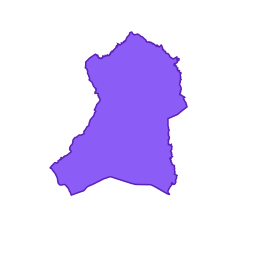 outline of Duc Co, Gia Lai, Vietnam, rotated 304°
{"feature_id": "81297802B6947069841891", "entity_name": "Duc Co", "entity_type": "district", "adm_level": 2, "iso_a3": "VNM", "parent_name": "Vietnam", "parent_adm1": "Gia Lai", "projection": "orthographic", "projection_center": [107.696, 13.77], "detail": "fine", "context": "isolated", "style": "filled", "palette": "violet", "viewbox_px": 256, "rotation_deg": 304, "n_neighbors": 0, "source": "geoboundaries", "source_scale": "gbopen_adm2", "svg_char_len": 5763}
<svg xmlns="http://www.w3.org/2000/svg" viewBox="0 0 256 256"><g transform="rotate(304 128 128)"><path d="M211.6,89.1L211.5,88.6L211.2,87.9L211.4,84.5L211.3,83.5L209.4,81.8L208.7,80.5L208.7,79.7L209.6,77.4L208.2,76.3L207.7,76.3L206.1,76.9L204.6,76.8L203.6,76.5L202.8,76.4L200.4,76.8L199.2,77.2L198.7,77.1L198.3,76.6L198.0,77.0L197.6,76.6L197.1,76.7L196.9,76.1L196.7,76.1L196.4,76.4L195.5,76.1L195.1,75.4L195.0,75.8L194.8,75.8L194.2,75.4L193.2,75.4L192.7,74.9L192.3,74.9L192.4,74.2L192.2,72.9L191.9,72.9L191.9,72.6L191.5,73.1L190.8,72.9L190.9,73.3L190.3,73.1L190.0,72.7L189.7,73.0L189.1,72.6L188.8,72.7L188.5,72.9L188.6,73.3L187.8,73.0L186.9,73.0L184.9,72.5L184.0,72.4L183.6,72.7L183.3,72.5L183.0,72.4L182.8,72.0L182.5,72.4L182.2,72.4L181.4,71.4L180.8,71.4L180.6,71.7L180.2,71.7L179.8,71.9L179.5,71.7L179.3,72.0L178.7,71.7L178.4,71.9L178.1,71.7L177.7,71.9L177.4,71.4L176.9,71.1L176.8,70.9L177.1,70.1L175.9,69.7L175.2,69.2L175.3,68.7L174.7,68.9L174.4,68.8L174.2,68.1L173.6,67.7L173.7,66.9L173.3,66.9L173.0,67.5L172.1,67.6L171.5,67.1L171.2,67.3L170.9,66.7L170.4,66.7L170.4,65.9L169.9,65.5L169.7,64.9L170.2,64.7L170.1,64.3L170.4,63.7L170.2,63.4L170.5,62.8L170.8,62.7L170.7,62.4L171.0,62.3L170.7,62.0L170.7,61.8L171.2,61.7L171.2,61.1L170.9,60.9L170.9,59.7L164.6,57.1L159.1,56.1L155.6,58.3L154.1,58.9L154.0,59.3L154.0,60.9L153.2,61.6L152.8,62.6L151.0,63.7L150.5,64.2L150.2,64.7L149.9,65.6L149.0,66.6L147.6,68.5L147.3,68.7L146.2,68.8L145.8,72.6L143.4,76.1L142.7,78.4L142.9,79.4L141.9,79.8L141.8,80.3L141.4,80.6L139.5,80.6L138.3,81.1L138.2,81.3L138.4,81.4L139.0,82.0L139.4,82.5L139.3,83.3L139.8,83.9L139.8,84.2L138.0,85.1L138.0,85.7L137.8,86.0L137.2,86.3L137.3,87.1L136.5,87.9L136.0,89.3L133.1,89.5L131.9,89.2L131.0,89.3L130.4,89.0L130.0,89.0L127.1,89.7L124.3,90.0L124.1,90.2L124.1,91.3L123.7,91.9L123.4,92.1L121.9,91.8L119.9,92.6L118.2,92.7L115.5,92.3L113.5,92.2L110.0,93.2L107.9,94.3L106.9,93.6L106.0,93.3L102.8,93.6L100.5,93.3L99.9,93.9L98.5,94.7L98.0,94.2L96.8,93.8L96.1,93.1L95.5,92.7L95.2,91.8L94.2,91.1L92.5,90.8L91.3,90.2L90.3,89.3L87.7,89.1L87.1,89.2L85.1,90.3L83.8,90.7L82.7,90.8L82.1,90.5L81.2,90.5L79.5,90.6L77.6,91.6L77.3,92.1L77.2,93.2L76.7,94.0L76.3,94.2L70.2,92.2L69.7,91.4L68.7,90.9L68.4,90.8L68.1,91.1L67.7,91.1L66.5,90.4L66.0,90.4L65.9,90.2L66.2,89.6L66.2,89.1L65.8,89.1L65.1,90.0L64.7,90.2L64.0,89.8L64.0,89.2L62.5,89.0L61.9,88.5L61.4,88.6L60.7,89.1L60.2,89.2L59.1,88.6L58.9,87.5L58.3,86.8L58.0,86.6L56.8,86.5L53.8,85.9L51.6,85.7L51.4,85.8L51.3,86.2L51.6,87.1L51.5,87.9L51.1,88.3L49.5,93.2L47.0,97.4L43.7,100.4L43.1,101.4L42.7,103.1L42.9,103.7L43.3,104.4L45.5,106.7L45.7,107.2L45.7,108.0L44.8,111.7L44.3,112.9L43.1,114.4L42.4,116.1L40.7,118.4L40.7,118.6L41.2,118.9L47.4,123.4L50.7,126.0L51.5,126.4L52.7,126.6L55.5,126.9L56.3,127.1L57.3,127.5L62.0,130.5L72.3,136.3L77.8,140.5L83.9,161.5L85.5,165.9L93.8,178.7L94.4,183.0L95.4,197.0L95.8,198.7L96.2,199.9L96.3,199.3L96.6,198.9L96.7,197.5L98.2,196.3L102.3,195.8L105.7,196.0L106.2,195.1L106.7,194.9L107.1,195.1L107.3,195.5L107.2,195.9L106.7,196.6L106.7,197.3L107.2,197.8L107.7,198.1L108.9,198.1L110.2,197.8L111.1,196.6L112.2,196.5L113.9,196.1L115.0,195.2L116.0,195.3L116.1,194.8L115.9,193.2L115.9,192.2L116.2,192.0L117.0,192.1L117.4,191.6L118.0,191.4L118.4,190.7L119.0,190.2L119.3,189.8L120.6,189.3L121.4,188.3L122.4,187.8L122.7,187.4L122.7,186.9L122.4,186.0L122.6,185.5L122.5,184.8L123.5,184.0L123.5,183.1L124.1,182.8L124.4,181.9L124.7,181.8L125.2,181.9L125.4,181.7L125.8,180.0L125.9,179.8L126.9,179.6L127.1,179.7L127.0,180.3L127.1,180.6L128.2,180.5L129.1,180.8L129.1,180.7L129.0,180.1L130.7,179.1L130.8,178.4L131.4,178.3L131.8,178.1L132.5,176.3L133.1,176.5L133.7,176.0L134.7,176.2L136.2,175.3L136.7,174.7L137.3,174.8L137.5,174.4L137.5,173.5L138.4,173.3L138.6,173.0L137.8,172.8L137.4,172.4L137.5,171.3L137.0,171.3L136.9,171.2L137.2,170.8L137.3,170.2L140.1,168.8L140.4,168.1L140.8,168.3L141.3,168.0L141.7,168.3L143.5,167.5L144.2,166.3L144.3,165.8L145.0,165.6L145.4,164.7L146.2,164.6L146.7,164.0L147.4,163.9L148.0,163.4L149.1,163.4L149.7,162.8L149.8,162.1L151.0,161.4L152.1,160.0L158.1,155.9L167.1,161.6L170.3,162.4L178.5,165.1L179.8,163.8L180.1,162.8L181.1,162.3L182.2,159.6L182.8,158.8L182.9,158.0L183.6,157.5L184.6,157.6L185.0,157.9L185.3,156.9L184.9,155.4L185.2,154.2L184.9,152.7L184.6,152.2L185.5,151.7L186.3,151.9L187.1,151.3L187.8,151.3L188.3,150.6L189.2,150.7L189.8,150.5L191.1,149.4L191.9,148.2L192.9,146.4L194.0,145.9L195.2,145.8L195.7,145.2L196.4,144.9L196.9,144.8L197.9,145.0L198.1,144.8L198.5,143.5L199.7,143.3L200.4,142.3L201.5,141.5L202.4,141.3L203.1,141.3L203.3,141.1L203.4,140.9L203.0,140.7L202.8,140.5L203.2,139.9L203.2,139.1L203.4,138.9L204.3,138.5L203.4,137.1L204.3,136.5L204.2,135.9L204.3,135.8L205.5,135.7L205.3,135.1L205.7,134.4L205.7,133.3L205.8,133.2L206.3,133.2L206.0,132.6L206.2,132.1L206.2,131.8L205.8,131.1L206.9,130.5L207.5,130.5L207.7,130.8L207.7,131.5L208.3,131.5L209.9,132.1L211.2,131.3L211.8,131.2L211.9,131.4L211.4,131.8L212.4,132.3L213.1,132.1L214.0,131.5L213.6,130.6L212.6,129.8L213.9,129.1L214.2,128.7L210.7,127.1L210.7,126.3L210.4,125.3L210.6,124.0L210.4,123.2L210.4,122.8L211.3,121.9L212.0,119.8L211.8,118.9L211.2,117.9L211.2,117.7L211.3,117.4L212.4,116.3L212.4,116.1L212.0,115.6L212.2,114.5L212.8,113.7L212.4,113.2L212.4,112.8L213.3,112.3L213.6,112.0L213.9,111.2L214.8,110.5L215.3,109.2L214.9,108.9L213.3,108.8L212.6,108.5L212.5,108.1L212.9,106.6L211.9,106.5L211.7,106.3L211.7,106.0L212.7,105.5L212.5,105.2L211.8,104.9L212.0,103.7L211.9,102.6L212.3,102.0L212.1,101.8L211.6,101.8L211.5,101.6L211.5,101.1L211.9,100.4L212.0,99.8L211.4,99.1L211.6,98.0L211.4,97.8L211.0,97.7L210.8,97.5L210.8,96.8L210.2,96.3L209.9,94.8L210.0,94.6L210.5,94.3L211.0,93.2L211.1,92.7L211.0,91.9L211.4,90.1L211.4,89.5L211.6,89.1Z" fill="#8b5cf6" stroke="#5b21b6" stroke-width="1.5"/></g></svg>